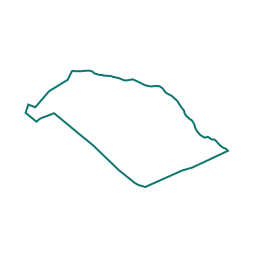 San Juan Evangelista Analco, Oaxaca, Mexico (Equal Earth projection), rotated 20°
{"feature_id": "50627088B78220950285189", "entity_name": "San Juan Evangelista Analco", "entity_type": "district", "adm_level": 2, "iso_a3": "MEX", "parent_name": "Mexico", "parent_adm1": "Oaxaca", "projection": "equal_earth", "projection_center": [-96.534, 17.4], "detail": "fine", "context": "isolated", "style": "outline", "palette": "teal", "viewbox_px": 256, "rotation_deg": 20, "n_neighbors": 0, "source": "geoboundaries", "source_scale": "gbopen_adm2", "svg_char_len": 1439}
<svg xmlns="http://www.w3.org/2000/svg" viewBox="0 0 256 256"><g transform="rotate(20 128 128)"><path d="M39.9,153.4L40.9,151.3L42.5,148.9L48.8,143.5L53.5,139.4L84.1,150.3L91.9,153.0L101.3,156.3L128.5,168.4L133.4,170.6L147.8,175.5L152.7,177.2L156.9,178.0L164.3,177.6L176.4,165.9L193.2,149.6L201.8,143.3L229.7,115.3L229.1,115.0L228.9,114.9L227.9,114.3L225.6,113.9L224.4,114.0L223.2,113.8L220.2,112.7L219.8,112.5L216.8,111.0L216.4,110.8L215.1,110.0L214.5,109.8L213.6,109.4L212.7,109.4L210.5,110.2L207.9,109.3L206.1,109.1L203.3,110.8L202.1,110.8L200.9,110.4L198.1,109.8L196.8,109.0L196.5,108.9L193.7,107.2L191.1,104.8L189.1,101.9L188.2,101.1L186.2,99.6L185.6,99.2L184.8,98.7L184.0,98.8L181.0,97.7L180.6,97.4L179.4,97.1L178.0,96.3L176.9,95.3L175.9,94.5L174.7,92.5L172.5,91.2L169.7,89.3L168.3,88.2L166.3,86.7L165.0,85.7L163.8,85.2L162.9,84.8L160.5,83.9L159.8,83.5L158.9,83.1L157.5,82.8L152.5,82.1L151.3,81.8L146.7,78.8L145.0,78.4L143.3,78.0L140.0,78.9L138.7,79.5L135.3,81.1L132.5,81.7L130.7,81.9L130.2,81.8L128.2,81.9L124.1,81.3L117.9,80.8L117.1,80.8L116.1,80.6L115.4,81.0L114.4,81.4L112.0,82.9L109.3,84.3L105.5,84.5L101.9,84.2L101.6,84.4L98.1,84.8L96.7,85.2L94.9,84.9L86.5,87.2L85.6,86.9L83.8,87.7L83.0,87.8L82.2,87.9L77.7,88.2L75.3,87.1L75.0,87.2L72.1,87.3L67.7,89.1L64.1,90.9L62.2,91.5L59.3,92.6L56.5,93.2L55.9,93.8L54.8,103.4L41.3,120.3L33.8,140.2L26.3,140.1L26.6,148.8L39.9,153.4Z" fill="none" stroke="#0f766e" stroke-width="2"/></g></svg>